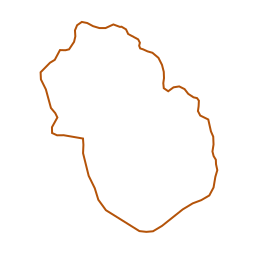 map outline of Al Dali' (orthographic projection), rotated 98°
{"feature_id": "YEM-334", "entity_name": "Al Dali'", "entity_type": "Governorate", "adm_level": 1, "iso_a3": "YEM", "parent_name": "Yemen", "parent_adm1": "", "projection": "orthographic", "projection_center": [44.704, 13.869], "detail": "fine", "context": "isolated", "style": "outline", "palette": "amber", "viewbox_px": 256, "rotation_deg": 98, "n_neighbors": 0, "source": "natural_earth", "source_scale": "10m", "svg_char_len": 1049}
<svg xmlns="http://www.w3.org/2000/svg" viewBox="0 0 256 256"><g transform="rotate(98 128 128)"><path d="M157.3,33.7L164.2,34.7L175.0,35.0L183.5,38.1L189.3,45.5L193.6,53.4L201.0,62.5L220.2,80.7L226.8,88.9L228.3,95.4L228.5,102.4L212.5,138.4L203.2,147.4L192.3,152.5L180.8,160.3L159.2,169.0L150.9,169.8L144.7,171.1L144.1,190.7L145.1,197.2L143.5,202.5L137.8,203.4L127.4,199.4L123.4,202.1L118.9,207.1L101.2,214.7L92.0,221.0L85.0,222.3L74.2,214.3L70.7,210.0L60.3,206.2L59.7,200.8L58.3,197.3L50.2,193.4L44.6,192.9L38.7,194.1L33.3,192.7L29.4,188.5L29.7,183.0L32.0,176.8L33.0,170.3L32.2,164.2L27.5,156.9L29.0,150.1L28.6,148.5L30.6,143.7L34.9,140.9L38.8,130.3L41.9,128.1L45.0,128.4L47.5,127.0L48.0,124.0L49.4,119.3L50.1,114.3L54.3,107.6L60.8,103.1L67.4,100.4L73.6,99.3L78.7,99.3L83.6,98.1L86.0,93.3L81.4,88.6L79.7,83.1L81.6,77.4L85.8,73.1L88.5,67.4L88.8,63.8L91.1,61.6L96.5,61.1L101.5,61.1L105.6,58.2L108.4,49.7L119.8,45.4L124.7,42.4L132.4,41.0L139.5,41.1L143.9,39.3L147.2,36.6L151.6,35.8L157.3,33.7Z" fill="none" stroke="#b45309" stroke-width="2"/></g></svg>